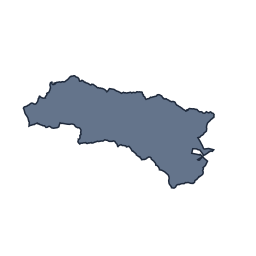 the district of Valea Salciei, Buzau, Romania, rotated 320°
{"feature_id": "2599482B75081483898693", "entity_name": "Valea Salciei", "entity_type": "district", "adm_level": 2, "iso_a3": "ROU", "parent_name": "Romania", "parent_adm1": "Buzau", "projection": "natural_earth1", "projection_center": [26.813, 45.506], "detail": "fine", "context": "isolated", "style": "filled", "palette": "slate", "viewbox_px": 256, "rotation_deg": 320, "n_neighbors": 0, "source": "geoboundaries", "source_scale": "gbopen_adm2", "svg_char_len": 5815}
<svg xmlns="http://www.w3.org/2000/svg" viewBox="0 0 256 256"><g transform="rotate(320 128 128)"><path d="M154.7,211.5L155.9,211.3L156.7,210.7L157.4,209.9L157.8,208.6L158.8,208.2L159.4,207.8L159.9,207.2L160.1,206.5L160.9,206.6L163.2,206.5L167.6,204.5L166.9,200.6L166.7,198.4L166.0,197.9L165.7,197.9L165.0,198.2L163.8,198.2L162.2,198.6L161.6,198.3L161.1,197.7L161.0,197.0L163.3,197.3L164.7,197.7L165.9,197.5L166.4,197.8L166.9,197.8L166.3,194.6L165.7,194.8L160.6,188.3L164.3,185.5L167.2,188.2L167.5,189.3L168.9,191.1L168.4,197.6L170.5,198.2L171.1,198.1L172.8,198.4L174.5,198.3L175.2,198.7L175.9,198.6L176.9,199.1L177.4,200.0L177.7,200.1L178.0,200.1L178.4,199.8L179.4,199.9L179.7,199.8L176.6,195.5L173.0,193.2L172.7,192.7L172.7,192.1L173.7,189.0L173.9,187.6L174.6,184.8L175.3,180.3L176.3,180.7L176.8,181.2L177.0,181.3L179.2,180.9L180.4,181.3L181.8,181.3L183.1,180.7L183.4,180.8L186.0,180.8L187.9,179.1L188.4,178.1L189.7,176.8L191.8,175.5L192.7,175.2L195.8,175.1L196.8,174.8L198.2,175.0L199.2,174.8L200.5,175.1L201.1,174.7L201.4,174.0L202.5,173.2L202.6,172.6L202.6,171.6L202.5,171.1L201.9,170.6L201.7,168.8L201.2,168.5L199.7,168.4L198.8,166.9L198.5,165.9L196.4,166.0L195.7,165.6L195.0,164.5L195.1,163.7L194.6,162.6L193.2,161.6L193.0,161.1L192.7,159.0L192.8,158.5L192.7,158.1L192.0,157.3L191.4,157.0L191.4,156.5L190.6,155.4L189.9,155.0L187.5,152.5L186.4,152.5L185.3,152.9L185.1,152.7L185.2,152.1L184.8,151.9L184.1,152.6L183.1,152.2L183.1,151.4L182.2,148.9L182.0,147.2L181.8,146.9L181.4,145.1L181.0,144.5L180.5,142.4L180.0,141.8L180.2,139.9L180.5,138.9L180.5,138.1L179.6,136.6L178.1,135.7L177.7,134.6L177.2,133.9L177.1,132.8L176.2,131.1L176.1,130.2L175.9,129.9L175.5,129.9L174.8,129.5L174.5,128.6L174.0,128.3L174.0,128.0L174.3,127.8L174.1,126.6L174.4,125.0L174.1,124.8L173.9,123.8L173.2,122.4L172.3,121.7L171.7,121.4L171.5,121.6L169.9,121.7L168.8,121.0L167.9,120.7L167.0,120.1L165.8,119.8L165.1,118.9L163.2,119.0L161.6,118.1L160.2,117.7L160.3,116.2L160.8,115.4L160.6,113.9L160.4,113.3L161.1,112.5L161.0,111.2L161.8,109.8L161.6,109.2L160.7,108.5L160.2,107.8L159.1,107.1L158.1,105.9L156.8,105.9L155.8,105.2L155.3,104.3L154.1,103.7L153.4,103.6L153.0,102.3L152.7,102.0L151.4,101.5L150.6,100.9L149.7,100.6L149.1,100.0L148.6,99.2L147.8,98.7L147.6,97.8L145.2,97.2L145.0,96.2L143.7,93.2L143.1,92.6L142.1,89.4L139.1,85.9L136.2,86.7L135.3,86.7L135.5,86.4L135.0,85.2L135.0,84.0L134.6,82.8L133.8,81.3L133.7,81.0L132.9,80.4L132.5,79.5L131.8,79.2L131.2,78.0L130.5,77.6L130.3,76.8L130.3,75.8L130.0,74.7L129.6,73.7L129.6,72.8L129.5,72.4L128.3,71.1L127.2,71.2L126.8,70.7L125.9,67.8L124.9,66.6L124.7,65.4L124.2,65.2L124.0,64.6L124.1,63.6L123.5,62.0L123.3,61.8L122.8,61.7L122.2,61.9L121.0,61.0L122.0,58.6L122.0,57.0L120.9,55.4L120.9,54.7L120.7,53.7L120.1,53.1L119.0,52.8L118.5,52.2L117.7,52.1L117.6,51.7L115.9,51.6L114.3,52.0L112.3,52.1L111.5,51.9L109.6,52.0L108.4,51.4L107.9,50.6L106.6,49.9L105.9,49.9L105.6,49.2L105.1,48.6L103.7,47.9L102.8,47.2L101.8,47.2L101.3,46.5L101.1,46.5L101.0,46.9L100.7,47.2L100.5,46.7L100.1,46.2L99.3,47.1L98.9,46.9L98.7,46.5L98.3,46.3L98.2,45.6L98.4,44.7L99.1,44.3L99.2,43.9L98.4,43.6L97.5,43.6L96.1,44.6L95.7,45.0L95.3,46.0L94.3,47.6L93.7,47.8L92.4,48.8L89.9,49.9L88.9,49.3L87.9,49.3L87.6,50.0L87.2,50.4L85.0,50.9L84.1,51.5L84.0,51.8L82.1,50.6L81.0,48.4L80.9,46.9L80.6,46.7L79.6,47.2L79.2,47.8L78.2,47.8L77.8,48.2L75.9,49.6L73.2,50.3L72.0,50.0L71.9,49.6L71.2,48.9L71.1,48.1L70.7,47.5L70.1,46.9L69.1,46.6L67.2,46.7L65.4,46.2L64.5,46.3L62.4,45.3L61.7,45.2L60.8,45.5L60.4,45.9L60.4,46.6L58.6,50.5L58.3,52.0L58.2,53.6L57.8,56.0L56.2,59.2L56.2,59.9L55.9,60.4L54.8,61.4L54.0,62.4L53.4,62.9L55.0,63.3L56.1,63.9L57.4,64.3L58.4,65.1L59.2,65.1L61.7,65.9L61.8,66.1L61.7,67.2L62.4,67.4L62.7,68.7L64.1,70.9L64.3,71.7L65.5,72.6L65.5,74.8L66.5,75.5L68.2,75.8L68.6,76.0L69.3,76.9L69.6,78.8L70.8,80.3L74.1,82.3L75.8,82.6L77.1,81.6L79.3,80.4L79.9,81.6L80.9,82.4L84.0,86.1L85.5,87.6L87.2,88.5L88.1,89.4L89.0,91.0L88.7,92.8L88.8,93.7L89.2,94.3L89.5,95.3L90.6,96.2L90.9,96.9L90.9,98.0L90.7,99.1L90.2,99.9L88.9,100.9L88.0,102.6L87.5,102.8L86.9,102.6L86.1,102.9L85.5,104.1L84.2,105.1L83.1,105.1L82.8,104.7L82.7,104.9L81.5,105.8L81.3,106.1L80.9,106.2L80.7,106.5L80.6,108.3L80.9,108.7L80.8,109.3L82.1,109.3L83.1,110.2L84.9,111.0L85.4,111.7L86.3,112.0L86.3,113.1L86.5,113.3L87.2,113.9L88.2,114.1L88.6,114.6L90.4,115.5L90.7,115.7L90.6,116.3L91.7,117.0L93.3,117.4L94.3,117.9L96.1,118.5L96.6,119.3L97.3,119.8L99.3,120.8L99.9,121.5L100.6,122.0L102.7,122.1L103.4,123.3L104.4,124.3L104.6,125.4L105.2,126.3L107.3,128.1L108.5,128.4L108.8,129.1L109.2,129.5L109.4,130.0L109.1,130.8L109.1,132.8L109.2,133.5L108.5,134.8L108.3,135.4L108.4,135.5L108.4,135.8L109.6,135.6L111.8,136.2L112.1,136.5L112.3,137.7L113.7,138.9L114.1,139.6L114.7,140.0L114.8,140.7L114.6,141.5L116.9,142.6L117.0,144.0L116.8,146.5L116.4,147.9L116.5,148.6L117.1,149.1L117.1,150.6L117.6,152.7L117.5,153.1L117.1,153.8L117.9,157.0L118.6,157.5L118.2,158.4L118.4,159.4L118.3,159.8L118.4,160.2L118.0,161.0L119.3,161.9L120.1,162.3L120.2,162.6L122.0,163.3L122.9,163.1L123.7,163.4L125.0,163.4L126.1,164.4L126.5,165.6L125.9,166.6L126.1,168.2L126.5,170.0L126.4,170.9L126.5,172.0L126.2,173.2L125.4,174.3L126.2,175.5L126.3,175.9L126.2,176.7L126.4,177.2L126.0,178.2L126.0,179.2L125.2,180.2L126.7,182.0L127.9,185.0L128.6,189.7L128.2,191.3L127.3,192.9L125.3,194.5L123.8,196.9L123.5,198.3L123.6,199.3L123.4,200.1L123.6,200.7L122.9,201.7L124.6,203.6L125.5,203.8L126.6,203.8L128.2,203.1L128.6,203.2L129.2,203.1L130.2,203.5L130.6,204.2L132.7,204.8L134.1,205.7L135.2,206.7L135.9,206.8L136.9,206.7L137.6,207.5L139.1,208.4L140.5,210.7L142.2,212.3L142.7,212.3L142.8,212.1L143.5,212.4L144.0,212.4L145.5,211.3L146.3,211.3L147.2,211.6L148.1,211.6L148.3,211.5L148.3,211.4L148.7,211.3L151.1,211.2L151.2,210.8L151.5,210.9L151.8,211.3L154.7,211.5Z" fill="#64748b" stroke="#1e293b" stroke-width="1.5"/></g></svg>